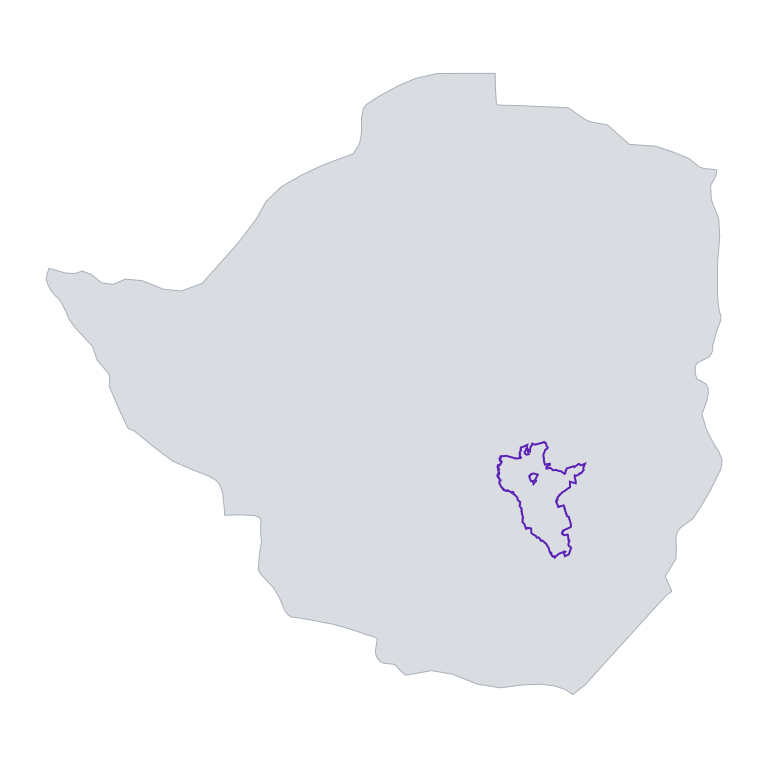 Masvingo, Masvingo, Zimbabwe shown in context
{"feature_id": "62879985B11590561680965", "entity_name": "Masvingo", "entity_type": "district", "adm_level": 2, "iso_a3": "ZWE", "parent_name": "Zimbabwe", "parent_adm1": "Masvingo", "projection": "mercator", "projection_center": [30.887, -20.31], "detail": "fine", "context": "in_parent", "style": "outline", "palette": "violet", "viewbox_px": 768, "rotation_deg": 0, "n_neighbors": 0, "source": "geoboundaries", "source_scale": "gbopen_adm2", "svg_char_len": 7977}
<svg xmlns="http://www.w3.org/2000/svg" viewBox="0 0 768 768"><path d="M572.7,694.6L564.8,689.3L554.0,685.8L540.4,684.2L522.6,684.9L500.8,687.8L477.4,684.2L452.3,674.2L431.6,670.6L406.8,675.0L405.7,675.1L401.4,671.7L394.6,664.4L383.3,663.1L380.2,661.4L377.7,658.7L376.0,655.2L375.4,651.3L377.2,639.3L376.2,637.9L373.2,636.5L367.0,635.0L352.1,629.6L333.3,624.3L302.9,618.5L291.1,617.0L288.4,615.2L284.9,610.8L279.1,597.0L273.6,587.9L260.5,573.9L258.4,569.6L259.1,558.5L260.1,549.5L261.5,541.9L260.8,534.8L260.6,525.9L261.1,520.0L259.3,517.5L254.5,515.6L241.0,514.8L224.7,515.2L224.1,506.2L222.6,492.3L219.5,484.4L215.8,480.2L208.3,475.9L193.1,470.0L172.4,461.0L154.7,447.7L134.4,431.1L128.1,428.3L120.6,412.8L109.2,386.3L109.9,377.4L108.2,373.1L97.1,360.1L94.7,353.4L92.7,346.6L75.1,327.6L69.1,319.3L64.6,308.7L60.0,300.2L56.2,296.7L51.2,291.0L47.7,284.4L46.1,279.5L47.4,272.9L49.1,268.4L65.9,273.1L75.0,273.5L82.2,271.1L91.0,274.3L101.6,282.8L113.1,284.4L125.6,279.1L142.4,280.7L163.6,289.3L181.2,291.0L202.1,283.4L220.8,262.4L238.3,242.7L255.6,220.0L266.0,201.6L281.3,186.7L301.4,175.2L321.9,165.5L353.2,153.7L359.5,143.9L361.5,133.2L361.5,118.4L363.2,108.8L366.4,104.5L371.6,101.1L378.4,96.6L399.0,85.4L416.3,78.2L437.3,73.5L460.4,73.4L482.6,73.4L495.2,73.4L495.4,87.6L496.4,103.6L498.8,105.1L515.5,105.5L542.3,106.6L568.2,107.7L584.7,119.3L590.2,121.8L607.4,124.9L629.3,144.4L655.6,146.2L673.7,152.2L689.7,158.9L698.9,166.9L704.9,168.7L712.9,169.3L716.8,170.0L715.9,175.8L710.6,185.6L711.3,199.6L718.7,219.0L719.7,235.9L717.4,265.8L717.5,294.8L718.3,305.1L719.5,312.0L721.0,315.8L720.7,320.1L716.3,332.2L712.8,345.1L712.7,350.2L711.3,353.9L708.7,357.1L697.2,363.0L695.2,366.7L695.3,373.3L696.7,378.9L701.0,381.0L706.2,384.2L708.3,388.4L708.3,392.8L706.7,401.0L702.0,414.5L706.6,430.1L711.8,440.2L719.0,452.0L721.9,459.2L721.8,464.4L720.7,469.5L710.0,491.0L702.3,504.3L692.9,518.7L680.5,527.7L677.3,532.0L676.0,536.9L676.4,547.7L675.8,559.0L665.2,576.3L671.8,591.3L670.3,592.6L666.7,594.8L651.4,611.6L635.9,628.7L624.6,641.2L611.7,655.4L597.3,671.3L585.0,685.0L572.7,694.6Z" fill="#d9dde1" stroke="#a8b0b8" stroke-width="1"/><path d="M585.0,463.7L583.6,464.3L582.4,465.1L581.1,465.2L580.2,464.9L580.1,464.7L579.8,464.7L579.5,464.6L578.9,463.9L578.0,464.4L574.4,467.1L573.7,466.2L566.6,468.5L566.4,469.5L566.1,469.9L566.1,470.3L565.7,470.6L565.7,471.2L565.4,471.6L565.5,471.9L565.3,472.0L565.1,473.0L565.2,473.4L564.6,473.9L560.9,471.2L557.3,470.6L556.3,469.9L553.0,470.2L550.5,467.9L546.5,468.7L546.3,468.2L546.5,467.8L546.4,466.9L550.0,464.7L549.8,463.7L544.9,464.6L544.4,462.9L543.8,459.6L543.9,457.5L543.4,456.9L543.5,453.9L544.3,452.5L545.2,449.9L547.2,448.6L547.8,447.5L546.9,446.6L546.7,446.6L546.8,446.6L546.2,444.7L545.9,443.2L545.5,443.2L545.3,442.9L544.9,442.7L544.7,442.7L544.5,442.3L544.1,441.9L542.4,442.7L537.9,443.9L535.0,444.6L534.8,444.6L532.3,443.6L532.1,444.8L531.7,445.5L531.1,446.0L531.0,446.7L530.3,447.3L530.0,451.3L527.8,449.2L528.1,452.1L528.7,454.2L526.5,454.7L525.1,453.7L524.6,452.9L524.8,452.1L524.6,451.8L525.6,450.9L525.9,449.2L526.4,448.6L526.8,448.5L526.9,446.7L527.3,444.9L522.0,447.3L521.6,447.3L521.2,447.3L520.9,447.4L520.8,447.7L520.8,448.0L520.6,448.4L521.0,449.9L521.0,450.5L520.7,450.8L520.3,450.9L520.2,451.0L520.2,451.5L520.1,451.8L519.9,452.0L519.8,452.6L520.0,453.3L519.7,453.6L519.6,453.9L519.9,454.6L520.1,454.7L519.8,455.2L519.7,456.3L519.9,456.7L520.8,457.1L521.0,457.4L521.0,457.6L520.5,457.8L520.4,458.1L515.9,458.5L506.2,455.8L501.6,456.3L500.8,456.1L500.7,456.6L500.4,456.8L500.2,457.0L500.4,457.4L500.4,457.8L500.7,458.2L500.3,458.7L499.7,458.8L500.3,459.6L500.0,460.1L500.3,460.4L500.5,460.3L500.6,460.8L500.3,461.0L500.6,461.2L501.2,461.9L501.6,461.7L501.7,462.0L501.3,462.4L501.3,462.7L500.9,463.4L500.7,463.6L500.4,463.9L500.4,464.5L500.2,464.6L499.9,464.4L499.5,465.1L499.3,465.3L499.0,465.3L498.2,465.1L498.1,465.6L497.9,465.4L497.8,465.7L497.8,466.5L497.5,467.3L497.8,467.5L498.4,467.3L498.0,469.5L498.3,469.6L499.0,469.2L499.2,469.6L498.4,470.4L498.6,471.2L498.5,472.0L499.1,472.4L499.0,472.9L499.2,473.2L499.0,474.0L498.0,473.9L497.6,474.5L497.5,474.9L497.7,475.2L498.1,475.4L497.4,476.1L498.1,477.2L498.7,477.3L498.7,478.2L499.3,478.4L499.5,479.0L500.6,480.2L500.6,480.3L500.4,480.3L500.3,480.5L499.4,481.2L499.3,481.9L499.6,482.8L499.5,483.7L500.2,484.7L500.8,486.2L502.2,488.0L503.3,488.6L503.4,489.0L503.1,489.4L503.2,489.8L503.4,489.9L504.6,490.0L505.0,490.2L505.3,490.7L505.5,490.8L505.8,490.7L506.3,490.8L506.6,490.8L507.6,490.2L508.0,490.6L508.0,491.0L509.2,491.2L510.0,491.4L511.2,492.4L511.6,492.8L511.9,492.7L512.1,492.2L512.4,491.9L512.8,491.9L513.1,492.0L513.6,492.8L513.3,493.7L513.4,494.1L513.8,494.4L514.4,494.5L514.9,494.9L515.4,495.6L516.4,496.4L516.9,497.2L517.3,497.5L517.5,497.9L517.5,499.5L518.9,501.2L520.1,501.9L520.3,502.1L520.3,502.7L520.0,503.4L520.1,504.4L519.7,505.2L519.7,505.9L519.8,506.3L521.5,508.4L521.6,508.6L521.3,509.3L521.9,510.8L521.6,511.1L521.4,511.4L522.0,512.8L522.0,513.2L521.8,513.7L522.5,515.2L522.8,517.0L523.1,517.6L523.0,518.2L522.5,519.0L522.6,519.5L522.6,520.2L522.7,521.0L522.4,522.0L522.7,522.4L523.7,523.3L524.6,524.5L524.8,524.9L525.1,526.4L525.8,527.7L526.0,528.8L526.6,528.7L526.9,528.2L527.4,527.8L527.8,527.9L528.4,528.1L529.3,527.9L530.4,528.5L531.0,528.4L531.1,528.6L531.1,529.2L531.3,529.8L531.2,530.7L531.2,531.9L531.5,533.2L532.7,534.2L533.6,534.6L534.1,535.0L535.0,535.4L535.7,535.8L536.0,536.1L536.2,536.9L536.9,537.7L537.3,537.7L538.1,537.3L538.5,537.4L539.3,538.2L540.3,539.4L540.9,540.9L541.1,540.9L541.5,540.4L542.2,540.5L543.5,541.4L544.8,542.8L545.4,543.0L545.6,543.1L546.4,544.2L546.8,544.9L547.1,545.2L547.5,546.4L547.8,546.6L548.7,548.1L549.0,548.8L549.4,550.8L550.4,553.1L550.5,553.1L550.6,552.9L550.8,552.6L551.2,552.7L551.3,552.9L551.3,553.7L551.0,553.9L551.0,554.0L551.4,554.4L551.4,554.8L551.9,555.2L552.3,556.1L552.7,556.2L553.0,556.6L553.2,556.8L553.7,556.3L553.9,556.4L554.4,556.2L554.7,556.6L554.6,556.9L554.8,557.2L554.9,557.5L556.5,555.8L559.2,553.6L560.1,553.3L562.8,552.3L564.2,551.4L565.3,551.8L563.9,553.1L565.0,556.2L568.8,554.4L570.5,549.5L571.1,547.9L570.9,547.5L570.3,546.9L569.4,546.2L568.9,546.0L568.5,545.3L568.5,544.7L568.4,544.2L568.7,542.6L568.9,542.0L569.4,541.0L569.3,540.5L568.8,540.7L568.6,540.6L568.6,539.9L568.4,539.5L568.4,538.6L568.3,538.1L568.3,537.5L567.9,535.5L567.8,534.7L567.7,534.5L567.3,534.5L565.1,535.1L564.3,535.1L563.6,534.9L563.1,534.5L562.3,534.1L562.6,533.3L562.5,533.0L562.0,532.7L562.2,532.4L563.3,531.4L563.3,531.1L563.0,530.6L563.4,530.4L566.0,529.2L568.3,528.3L568.8,527.9L570.3,527.3L570.8,526.9L571.0,526.6L571.0,525.1L570.7,523.6L570.1,521.8L569.7,519.8L569.2,518.8L568.8,516.9L568.5,516.6L567.2,516.3L566.9,516.0L566.5,514.3L566.2,514.0L566.3,513.5L566.1,513.2L565.5,511.6L565.2,510.3L564.8,509.4L564.7,509.0L565.0,508.8L564.9,508.5L564.7,508.0L564.3,507.8L564.2,506.8L563.7,505.4L562.7,505.7L560.6,506.1L559.7,506.4L559.5,506.9L559.2,506.9L559.1,506.6L558.6,506.8L558.0,506.7L558.2,506.3L558.1,505.8L557.8,505.4L557.3,504.2L556.8,503.4L556.7,502.7L556.4,502.3L556.6,501.9L556.6,501.6L556.1,501.2L556.4,500.8L556.4,500.3L556.5,500.1L557.2,500.0L557.0,499.4L557.3,499.1L557.5,499.0L557.6,498.4L557.4,498.1L557.5,497.4L558.2,496.6L558.4,496.6L558.5,496.2L558.7,495.8L559.3,495.5L559.2,495.2L559.4,495.0L559.7,495.1L560.0,494.4L561.4,493.3L561.9,492.7L562.1,492.7L562.2,492.4L562.5,492.2L565.5,490.4L567.6,488.7L569.0,487.9L569.5,487.5L570.0,487.3L569.9,481.7L575.7,483.3L575.7,481.1L574.6,477.0L574.8,475.4L575.7,476.0L579.6,474.1L579.5,473.5L581.9,472.7L582.3,471.7L582.7,471.1L583.0,470.9L583.7,470.1L583.2,468.2L585.0,463.7ZM533.5,473.4L537.8,474.7L535.3,479.5L535.0,479.8L535.6,480.3L535.6,480.6L535.9,480.6L536.1,480.8L536.0,481.2L535.8,481.2L534.3,482.6L534.3,483.0L533.5,484.0L532.9,481.4L531.8,481.7L532.6,481.0L530.9,481.1L529.3,476.8L529.8,476.2L529.5,476.2L529.4,475.9L530.5,474.7L530.7,475.0L531.4,474.1L533.5,473.4Z" fill="none" stroke="#5b21b6" stroke-width="2"/></svg>